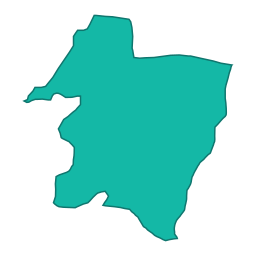 Al-Shikhan, Ninawa, Iraq (Natural Earth projection)
{"feature_id": "34846034B50799597720229", "entity_name": "Al-Shikhan", "entity_type": "district", "adm_level": 2, "iso_a3": "IRQ", "parent_name": "Iraq", "parent_adm1": "Ninawa", "projection": "natural_earth1", "projection_center": [43.409, 36.699], "detail": "fine", "context": "isolated", "style": "filled", "palette": "teal", "viewbox_px": 256, "rotation_deg": 0, "n_neighbors": 0, "source": "geoboundaries", "source_scale": "gbopen_adm2", "svg_char_len": 2570}
<svg xmlns="http://www.w3.org/2000/svg" viewBox="0 0 256 256"><path d="M95.7,15.4L94.2,15.4L89.9,24.3L87.3,28.9L83.6,30.3L77.6,30.3L75.3,33.6L73.5,36.4L73.5,45.7L69.5,52.1L58.3,68.5L52.8,77.5L48.8,82.4L45.6,86.4L41.3,87.4L35.0,87.4L34.1,89.0L33.0,91.0L28.4,96.0L27.5,99.6L24.1,101.0L26.8,102.4L28.9,102.1L31.5,100.6L35.3,99.3L37.5,99.3L42.4,99.1L48.1,99.9L50.6,99.9L52.4,95.7L54.0,93.9L56.8,93.1L58.7,93.4L60.6,94.2L62.6,95.4L65.6,97.4L71.0,97.3L72.8,97.1L77.3,96.1L80.5,96.1L80.5,104.6L77.4,108.0L75.7,110.1L73.4,111.8L70.8,114.0L68.1,116.5L63.7,119.5L60.8,124.7L58.4,128.9L60.2,133.2L61.2,137.6L62.3,138.4L66.4,140.4L69.3,141.8L69.9,142.6L72.2,144.9L74.3,147.4L74.2,153.1L74.0,156.0L73.4,159.7L73.2,164.7L71.7,166.5L70.3,169.4L68.8,171.2L66.5,172.4L59.3,174.9L56.1,176.6L55.4,183.9L55.7,189.3L55.5,196.5L54.7,199.0L53.5,202.7L54.5,203.8L56.9,205.7L59.0,206.7L63.2,207.2L75.2,207.7L77.0,206.8L83.4,204.0L87.8,202.8L89.7,201.0L93.0,197.3L96.1,194.3L97.6,193.1L101.4,191.9L105.2,191.3L108.0,195.3L108.5,196.1L106.8,199.6L104.8,202.3L103.0,205.3L105.6,205.8L114.6,206.7L120.4,207.5L124.7,208.5L129.7,209.3L131.7,211.7L134.3,213.7L135.5,215.2L137.9,217.0L138.9,218.9L142.2,224.4L143.5,226.6L146.0,228.1L147.6,229.9L149.0,230.9L152.2,233.1L154.6,235.3L156.7,236.5L160.2,238.0L163.1,239.6L165.6,240.6L169.5,239.6L174.2,238.8L177.3,238.5L176.9,237.2L175.6,235.4L174.6,234.1L174.6,232.0L174.3,229.8L174.3,227.9L174.7,225.4L175.1,223.8L176.3,220.8L176.8,220.0L178.2,218.2L180.0,216.2L180.8,215.0L181.7,213.8L183.5,211.5L184.5,209.9L184.7,208.8L185.1,206.0L185.8,203.2L186.3,200.7L186.5,199.8L186.6,198.4L186.6,195.9L186.8,192.4L186.9,190.9L187.0,190.2L188.3,188.3L190.2,184.8L190.6,183.9L191.2,181.8L191.4,180.3L191.8,178.1L192.1,176.9L193.1,175.1L194.0,172.9L194.7,171.6L196.0,169.3L197.8,166.0L199.0,164.3L199.9,162.6L201.6,161.1L203.7,159.4L205.2,157.6L206.8,156.0L208.2,154.6L210.1,153.3L210.5,152.6L211.8,149.1L212.6,147.0L213.5,144.7L213.8,143.4L214.2,142.5L214.6,141.5L214.8,139.4L214.7,136.0L214.8,130.9L214.9,127.2L215.1,127.0L217.8,124.2L220.8,120.7L222.8,118.5L224.8,116.7L225.1,116.5L225.7,115.5L226.1,114.9L226.3,112.9L226.2,108.5L225.8,102.8L225.2,98.2L225.2,93.7L225.2,89.0L225.9,85.4L228.0,78.1L229.3,72.8L230.6,69.1L230.9,67.5L231.3,66.4L231.7,65.2L231.9,65.0L220.9,63.2L213.2,61.0L201.7,58.5L190.5,56.0L188.2,56.0L179.3,55.0L170.6,55.3L154.0,57.5L145.4,57.8L144.0,57.9L139.6,58.2L133.9,57.5L133.3,53.9L132.7,50.3L132.1,48.2L132.7,36.4L131.9,27.5L130.7,21.8L129.0,19.3L112.6,16.8L105.4,16.4L95.7,15.4Z" fill="#14b8a6" stroke="#0f766e" stroke-width="1.5"/></svg>